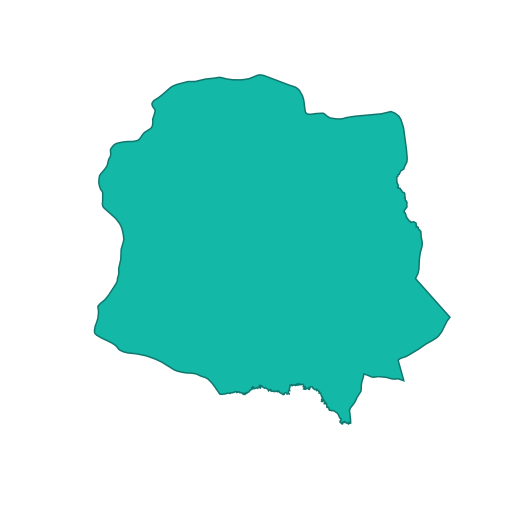 Pakham, Buri Ram, Thailand (orthographic projection), rotated 75°
{"feature_id": "78962969B25022287440202", "entity_name": "Pakham", "entity_type": "district", "adm_level": 2, "iso_a3": "THA", "parent_name": "Thailand", "parent_adm1": "Buri Ram", "projection": "orthographic", "projection_center": [102.732, 14.398], "detail": "fine", "context": "isolated", "style": "filled", "palette": "teal", "viewbox_px": 512, "rotation_deg": 75, "n_neighbors": 0, "source": "geoboundaries", "source_scale": "gbopen_adm2", "svg_char_len": 6051}
<svg xmlns="http://www.w3.org/2000/svg" viewBox="0 0 512 512"><g transform="rotate(75 256 256)"><path d="M414.7,145.5L393.4,145.7L392.3,143.0L391.9,136.6L388.1,123.2L385.1,114.9L383.1,107.1L381.6,102.4L380.4,100.2L377.2,96.2L368.3,88.3L365.4,84.5L319.1,107.8L314.7,104.0L310.8,102.0L300.8,98.8L295.4,96.5L289.6,93.1L286.0,91.9L280.2,91.5L274.9,90.4L274.0,91.0L273.3,91.1L272.6,91.9L271.3,92.0L270.8,91.8L269.9,92.2L269.6,92.8L269.0,93.1L269.2,93.5L268.3,93.2L267.6,93.4L266.8,93.0L265.5,93.0L263.7,94.9L263.8,96.6L263.3,97.1L263.5,97.9L262.1,98.3L261.5,99.1L260.9,99.1L260.7,99.5L259.3,99.8L258.6,100.4L257.5,100.3L256.5,100.8L255.6,100.6L253.0,100.7L252.5,101.4L251.2,101.3L250.1,100.6L247.6,97.4L245.3,97.1L243.9,96.4L241.9,96.5L241.3,97.1L240.3,97.2L238.5,96.8L238.0,97.2L237.4,96.8L234.1,96.2L232.9,96.7L232.7,97.6L231.9,98.1L229.9,98.5L229.0,99.3L228.1,99.2L227.5,99.8L227.3,101.0L226.5,101.5L226.4,101.0L224.9,100.2L224.3,100.4L223.4,100.3L222.6,100.9L221.7,100.7L221.1,101.0L220.7,100.6L219.9,100.7L218.9,100.2L216.3,99.7L215.7,98.3L214.3,97.7L214.2,96.6L211.1,94.1L210.9,92.4L210.0,90.5L208.5,89.7L204.2,85.9L200.9,84.7L192.6,83.2L170.3,80.3L161.7,80.7L158.0,81.8L154.3,84.5L151.4,88.2L151.1,98.1L146.7,123.8L145.7,132.7L145.8,136.5L145.5,138.8L144.5,142.5L141.9,148.6L139.9,150.7L135.8,153.7L135.2,155.1L133.9,161.4L133.3,166.5L132.5,169.0L131.5,170.3L129.8,171.0L126.9,170.8L121.0,169.9L117.0,169.5L113.1,169.7L107.0,171.3L105.6,172.2L103.2,174.1L99.1,180.3L83.6,201.8L82.1,205.2L81.8,207.5L82.9,216.6L82.6,220.8L81.9,225.3L79.8,232.8L77.3,238.7L74.6,243.5L73.9,245.2L73.4,250.2L72.0,259.1L71.7,269.6L69.9,276.5L69.8,287.9L70.3,292.1L71.1,294.9L76.2,305.3L77.7,308.9L79.4,314.3L80.5,315.9L81.5,316.8L82.3,317.2L83.6,317.3L85.2,317.0L88.4,315.8L89.8,315.9L92.3,317.2L97.0,320.3L100.7,321.2L103.7,322.5L105.6,324.7L107.8,331.8L109.7,334.5L112.5,337.6L113.5,339.6L113.8,341.3L113.6,344.7L112.2,350.4L111.5,354.8L111.2,358.9L111.2,362.1L112.0,364.5L113.8,367.2L115.6,369.1L120.2,370.0L122.4,371.1L124.4,373.2L130.3,376.5L133.0,379.6L136.7,385.0L137.9,386.3L140.7,387.6L144.7,388.9L148.0,389.1L151.5,388.8L153.7,387.9L155.2,387.7L162.9,389.8L166.2,391.0L168.5,391.1L170.6,390.2L182.6,382.3L184.8,381.2L189.5,379.3L192.9,378.6L196.3,378.4L200.6,378.6L205.5,379.3L208.1,380.5L214.6,384.5L224.3,387.5L232.6,391.9L237.8,393.2L241.9,395.6L244.3,396.5L246.4,398.2L255.7,408.5L259.0,413.0L261.6,418.7L263.5,421.6L264.6,422.0L268.6,422.4L271.3,423.3L275.0,424.7L278.7,427.0L282.2,429.5L286.3,431.4L288.1,431.7L289.4,431.4L291.2,430.4L294.9,426.8L302.2,418.3L305.5,415.2L307.4,414.0L310.2,412.9L311.7,411.9L314.2,408.9L316.4,405.0L319.6,396.6L323.7,388.5L325.2,386.1L329.7,379.7L333.8,374.8L344.8,364.5L346.7,362.0L349.3,357.2L351.0,353.3L352.6,348.2L354.6,344.0L357.6,340.5L360.7,335.8L362.7,334.0L367.6,331.3L371.3,329.8L380.0,326.7L380.6,325.5L381.2,321.8L381.2,318.1L382.1,316.4L381.6,315.1L382.1,313.8L381.8,313.1L382.0,312.5L381.7,310.8L381.9,309.9L382.1,309.7L382.6,310.1L383.0,309.9L382.8,307.5L384.0,306.9L384.1,305.3L385.1,304.9L386.4,303.9L386.2,303.3L385.5,303.6L385.6,303.0L386.9,302.5L386.7,302.0L385.9,301.7L386.0,301.2L385.5,300.8L386.2,300.4L385.6,299.4L385.5,298.3L384.7,297.0L384.0,296.6L384.1,295.9L383.6,294.2L382.8,294.5L382.1,294.3L382.0,293.9L382.8,293.0L381.6,292.9L381.9,292.4L383.8,292.2L383.5,290.4L383.6,289.9L383.3,289.2L384.2,288.8L384.3,288.6L383.4,287.6L384.6,286.0L383.4,285.7L383.0,286.3L382.4,286.4L382.0,286.0L381.9,285.5L382.6,285.0L382.8,284.4L383.6,284.6L383.3,284.0L383.4,283.8L384.1,283.5L384.9,282.7L385.8,282.2L385.8,281.0L386.8,279.9L388.4,278.9L389.4,278.7L388.9,278.1L388.9,277.4L388.6,276.6L389.1,276.3L389.6,277.0L389.8,277.0L390.0,276.6L389.7,276.5L389.7,276.1L390.8,275.8L390.9,274.1L391.7,273.7L391.6,273.1L392.1,271.5L391.7,270.6L392.7,270.2L392.3,269.1L393.7,268.7L395.3,267.1L395.5,266.6L396.8,265.8L397.0,265.3L397.0,264.6L396.1,264.4L395.6,263.3L396.0,262.2L397.3,261.8L397.5,261.0L397.2,260.4L397.8,259.6L397.5,259.5L396.6,260.2L395.0,259.7L394.7,259.3L394.8,258.3L394.1,258.5L392.1,257.7L391.5,257.2L389.7,256.7L390.0,255.6L389.4,255.1L389.5,254.8L390.4,254.9L390.7,254.7L390.6,254.4L390.1,253.7L390.7,252.6L390.5,251.6L391.3,251.4L391.3,251.0L390.9,250.6L391.3,250.4L391.3,249.9L390.1,249.2L390.7,248.5L391.3,248.8L391.6,248.7L391.2,247.9L390.6,247.7L390.5,247.4L391.5,247.3L391.3,246.7L392.0,246.1L392.1,245.8L391.7,245.3L392.0,243.9L393.8,243.6L394.2,244.2L394.5,244.2L394.9,243.8L394.7,242.6L394.9,242.4L395.8,242.7L395.9,243.4L396.7,244.4L397.5,243.1L397.2,242.6L397.5,242.4L397.5,242.1L396.8,241.8L397.1,240.5L397.6,239.5L398.4,239.7L398.7,239.1L398.1,238.4L397.7,238.4L397.4,238.9L397.1,238.8L396.6,238.0L396.8,237.3L396.5,236.8L396.8,235.8L397.4,235.2L398.8,235.1L399.2,234.4L400.0,234.1L400.4,233.6L400.4,231.9L401.7,232.1L401.6,231.6L401.9,231.0L403.0,230.4L403.2,229.8L404.7,230.6L404.9,230.3L404.6,229.8L404.7,229.5L405.7,229.1L408.4,229.0L409.0,228.4L409.6,228.8L410.9,228.2L411.3,228.5L411.2,229.3L411.4,229.7L411.9,229.8L412.4,229.7L413.3,230.4L413.7,230.0L413.7,229.0L412.7,228.6L412.3,228.2L412.5,227.8L415.4,227.0L415.7,227.2L415.6,228.1L416.2,228.4L416.7,227.7L416.3,227.0L416.7,226.1L417.6,226.3L418.6,226.1L420.2,226.8L420.5,226.6L420.6,225.8L421.2,225.7L421.7,225.0L422.2,224.9L422.7,225.2L424.0,225.0L424.3,224.6L424.1,223.7L425.0,223.2L425.2,221.8L425.9,220.6L429.2,217.9L431.2,217.4L434.2,217.0L435.4,215.8L436.1,216.1L437.0,217.3L438.1,217.9L438.6,217.2L439.7,217.0L440.6,216.2L440.5,215.8L439.6,215.8L439.1,215.5L439.5,214.8L438.9,214.1L438.8,213.3L439.1,213.0L439.6,213.3L439.9,213.2L440.1,212.2L440.7,211.9L441.4,210.8L442.2,210.2L441.9,209.4L441.3,209.9L440.8,209.7L441.9,208.5L441.9,208.2L441.3,208.0L441.5,207.7L437.9,206.9L429.2,205.6L427.1,204.0L424.4,200.3L422.1,197.7L418.7,195.0L413.9,189.7L412.3,189.0L407.2,187.4L404.3,186.0L401.2,183.9L397.9,182.4L399.7,179.5L402.9,175.4L403.6,173.5L404.1,169.2L406.5,162.7L407.5,160.4L409.6,157.1L410.3,155.5L411.1,152.5L411.1,151.4L411.6,150.2L414.7,145.5Z" fill="#14b8a6" stroke="#0f766e" stroke-width="1.5"/></g></svg>